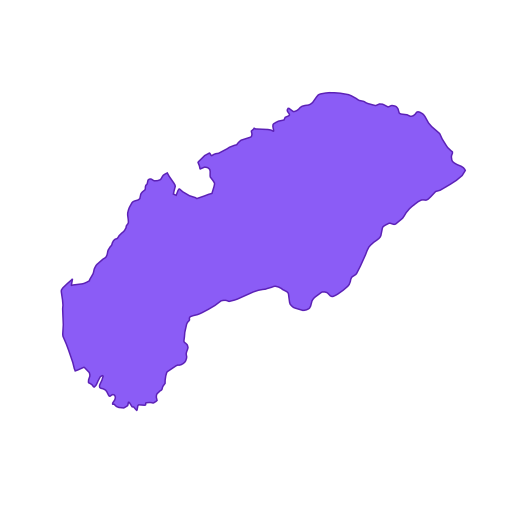 the district of Que Son, Quàng Nam, Vietnam, rotated 196°
{"feature_id": "81297802B89611140069217", "entity_name": "Que Son", "entity_type": "district", "adm_level": 2, "iso_a3": "VNM", "parent_name": "Vietnam", "parent_adm1": "Quàng Nam", "projection": "robinson", "projection_center": [108.254, 15.725], "detail": "fine", "context": "isolated", "style": "filled", "palette": "violet", "viewbox_px": 512, "rotation_deg": 196, "n_neighbors": 0, "source": "geoboundaries", "source_scale": "gbopen_adm2", "svg_char_len": 6054}
<svg xmlns="http://www.w3.org/2000/svg" viewBox="0 0 512 512"><g transform="rotate(196 256 256)"><path d="M152.9,275.0L151.1,287.3L150.7,291.9L150.0,295.6L148.9,298.0L146.5,301.8L144.2,304.6L142.7,306.7L141.9,308.4L141.6,310.0L142.2,317.7L142.1,318.7L141.5,319.8L140.1,321.4L137.1,324.2L136.0,324.5L133.5,324.4L132.3,324.4L131.3,324.7L130.4,325.5L125.5,332.7L124.6,335.4L123.6,339.1L121.6,343.6L119.9,346.4L117.8,349.3L115.2,352.8L113.7,354.3L112.3,355.5L110.5,356.1L108.1,356.5L107.3,357.0L106.1,358.2L104.4,361.1L101.1,367.5L97.1,370.0L89.0,378.5L84.2,384.0L80.0,390.2L78.4,395.9L79.2,396.8L80.9,398.0L83.4,398.8L87.9,399.3L90.8,400.0L92.3,400.6L93.3,401.2L94.2,402.2L95.5,405.1L95.7,406.6L95.5,408.9L95.8,410.1L96.2,410.4L97.5,410.9L101.7,413.1L103.3,414.4L109.3,419.8L112.9,424.0L113.6,424.5L122.8,428.8L126.8,431.4L132.0,436.6L133.7,437.9L135.0,438.6L137.8,439.3L139.2,439.4L140.1,439.2L140.9,438.8L141.5,437.8L142.0,436.3L143.4,434.3L144.6,433.4L145.7,432.9L146.7,432.9L149.7,433.4L155.3,432.5L156.3,432.5L157.3,432.7L157.9,433.1L160.0,436.5L161.2,437.5L162.4,438.2L163.5,438.4L164.5,438.4L166.5,438.2L167.5,437.8L169.7,435.9L170.3,435.7L174.7,436.6L176.2,436.8L179.2,436.2L182.1,433.8L182.8,433.5L190.5,433.4L192.4,433.6L194.4,434.2L195.2,434.3L199.6,434.0L200.4,434.1L203.3,435.1L208.7,436.3L211.6,436.6L219.9,435.7L225.8,434.5L230.8,433.1L234.1,431.8L238.4,429.7L239.7,428.8L240.6,427.9L241.6,425.7L243.9,419.1L245.6,416.8L247.3,415.5L250.4,414.2L252.9,412.7L254.4,411.0L255.5,408.8L256.8,407.1L258.5,405.7L260.0,405.1L265.0,407.0L265.8,406.8L266.2,405.3L266.0,404.3L265.4,403.5L263.1,401.7L262.7,400.7L262.9,400.2L263.5,399.5L266.1,397.4L266.3,396.7L266.5,394.7L266.7,394.4L271.6,391.8L273.7,389.9L275.5,387.9L275.8,387.1L275.8,386.6L275.4,385.0L273.6,381.4L273.5,381.0L273.6,380.8L274.6,380.8L276.3,381.2L277.3,381.1L279.3,380.9L291.5,378.0L293.0,378.3L293.3,377.3L294.9,374.8L294.6,374.0L294.0,373.2L293.4,371.8L293.3,369.8L293.9,368.8L302.0,363.4L302.6,362.8L303.8,360.9L304.7,359.1L305.2,357.6L307.3,356.4L311.5,353.2L313.3,351.1L320.3,344.4L322.6,343.4L323.8,342.6L324.9,341.7L325.8,340.6L326.3,340.3L326.6,340.2L327.4,340.8L328.6,341.9L329.2,342.1L333.0,338.4L337.4,330.6L337.5,329.9L335.3,327.1L333.9,324.5L333.6,324.3L329.9,327.3L328.5,327.5L326.8,327.6L325.3,327.0L324.3,326.4L323.4,324.8L322.2,320.4L321.7,319.3L318.1,316.6L316.1,314.8L315.7,313.7L315.5,311.4L315.6,304.0L318.6,302.2L322.0,299.6L328.7,294.9L330.3,295.4L336.6,295.6L344.0,297.5L347.9,299.3L348.4,299.2L349.0,297.5L349.5,292.3L352.5,292.8L352.7,295.9L352.8,300.7L353.5,301.9L354.9,303.3L361.5,308.7L364.2,311.4L366.1,309.6L367.3,308.2L367.8,307.0L368.5,304.1L369.0,303.0L369.9,302.3L371.4,301.3L374.2,300.3L375.2,300.3L377.6,301.0L378.4,301.0L379.3,300.7L380.3,299.9L380.6,299.4L380.7,298.8L380.5,295.5L380.8,294.5L381.3,293.8L381.4,293.0L381.4,292.2L380.9,289.9L380.9,289.1L382.9,286.2L383.6,284.6L383.8,283.6L383.5,279.3L383.8,278.6L385.0,277.2L387.3,275.8L388.5,274.9L389.3,274.1L389.9,273.0L391.1,267.8L391.3,265.4L391.2,262.1L390.7,260.1L388.9,255.9L388.0,253.4L387.9,252.1L388.9,249.4L388.9,248.5L388.7,247.5L389.4,244.3L390.2,242.7L391.4,241.0L393.2,237.8L393.8,235.5L394.4,234.4L395.8,233.5L396.3,233.0L397.2,231.4L397.7,229.1L397.7,227.0L397.8,226.4L398.7,224.6L399.7,221.1L399.8,219.7L399.6,218.0L399.5,216.2L399.7,214.6L400.0,213.5L400.5,212.7L402.4,210.6L406.5,204.2L407.1,202.9L407.6,200.8L407.9,198.9L407.7,195.6L407.7,194.2L408.3,191.6L409.2,188.2L409.4,187.0L409.3,186.3L411.4,184.2L413.7,182.3L415.4,181.3L423.9,177.7L425.1,176.9L425.4,177.0L426.1,183.5L426.5,182.5L429.7,177.6L432.8,172.3L433.6,170.0L433.6,168.8L433.1,167.5L429.9,160.5L428.0,155.5L427.3,151.9L422.3,136.8L420.2,127.5L419.4,125.6L414.0,119.0L410.1,113.7L402.8,103.2L399.7,97.8L398.1,95.7L395.9,97.3L390.9,101.5L390.3,101.6L384.1,98.0L382.9,95.9L382.6,94.5L382.8,90.9L382.4,88.9L382.1,88.2L381.6,87.9L380.6,87.8L378.3,87.1L376.4,85.7L375.7,85.4L375.3,85.5L374.2,87.5L373.8,89.4L373.4,92.3L372.5,96.7L371.9,97.6L371.2,98.3L370.6,98.7L370.2,98.6L369.8,98.2L369.8,97.4L369.9,94.2L370.6,89.9L370.7,88.5L370.4,87.3L369.9,86.5L368.7,86.1L366.2,86.2L363.6,85.6L361.9,84.3L359.5,81.7L358.5,80.9L357.9,80.9L357.5,81.1L356.5,82.5L355.5,83.3L354.7,83.4L353.9,83.3L353.2,82.8L352.4,81.8L352.1,80.6L352.1,78.8L353.2,75.3L353.1,74.3L352.8,74.0L351.5,74.4L349.2,73.1L348.3,72.8L346.0,72.6L341.2,73.5L339.9,74.8L338.2,76.7L338.1,77.4L338.3,80.2L337.9,80.4L336.8,79.8L333.7,77.0L333.0,76.9L332.4,77.1L331.9,77.1L329.0,75.2L328.1,74.8L327.9,75.2L328.3,79.6L327.9,80.4L327.4,80.7L322.1,81.8L321.2,82.3L321.1,82.7L321.4,84.0L321.2,84.6L318.1,85.8L316.4,86.2L314.4,86.3L313.8,86.7L312.0,88.7L311.3,89.9L312.9,92.8L313.3,94.6L313.3,95.6L313.0,96.6L312.0,98.2L311.0,100.0L310.3,100.6L309.8,101.4L309.6,102.1L309.7,104.1L309.4,105.6L308.3,108.5L309.1,111.5L309.7,115.9L309.7,119.3L309.4,120.3L302.6,128.4L301.3,129.5L299.5,130.0L298.0,130.9L296.5,132.4L295.3,134.1L294.7,135.9L294.6,138.6L294.8,139.9L295.8,141.9L296.2,142.9L296.3,144.8L296.1,147.2L296.1,149.1L296.8,150.5L297.7,151.7L299.3,152.6L300.8,153.2L301.5,153.7L301.9,154.5L302.5,158.5L303.4,163.0L303.9,171.3L303.7,172.6L303.2,174.2L302.5,175.4L302.3,176.3L302.8,177.4L302.9,178.2L302.8,178.9L302.2,179.8L299.7,181.5L296.3,183.4L294.4,184.8L292.3,186.6L287.0,191.7L281.8,197.2L277.2,203.3L275.3,204.3L273.1,205.0L271.4,205.1L270.0,204.9L269.2,205.0L264.7,207.6L262.1,209.4L248.7,220.7L244.3,223.7L240.3,225.7L237.6,226.8L236.8,227.5L232.6,230.1L230.3,231.8L229.0,232.3L225.8,232.4L222.3,231.7L221.6,231.2L217.5,230.4L215.8,229.9L215.0,229.3L214.4,228.6L210.9,220.6L209.8,219.0L207.9,217.8L205.9,216.9L204.0,216.7L196.1,216.6L194.6,217.1L192.6,218.2L190.9,219.7L190.2,220.7L189.7,222.9L189.8,228.2L189.4,229.8L188.6,231.7L187.7,233.1L183.4,238.7L182.4,239.7L179.9,240.4L177.8,240.4L176.7,240.0L173.6,238.2L172.4,238.0L171.4,238.1L170.6,238.5L168.4,240.4L166.8,242.1L162.8,247.1L159.5,252.1L158.6,254.2L158.3,257.5L158.5,259.6L158.3,261.2L157.9,262.4L155.1,265.6L154.5,266.8L152.9,275.0Z" fill="#8b5cf6" stroke="#5b21b6" stroke-width="1.5"/></g></svg>